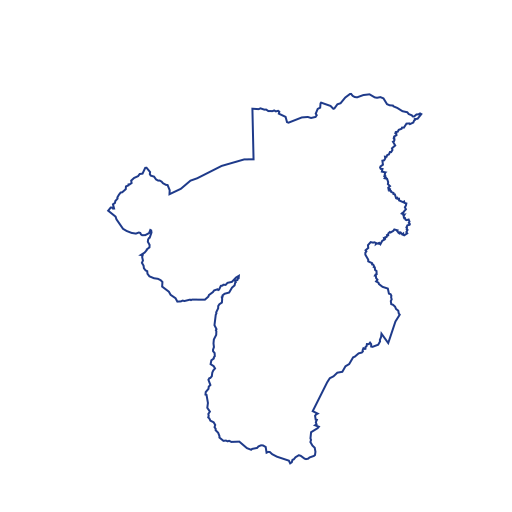 Bibiani-anhwiaso-bekwai Municipal, Western, Ghana, rotated 197°
{"feature_id": "2480657B81329004729189", "entity_name": "Bibiani-anhwiaso-bekwai Municipal", "entity_type": "district", "adm_level": 2, "iso_a3": "GHA", "parent_name": "Ghana", "parent_adm1": "Western", "projection": "orthographic", "projection_center": [-2.296, 6.295], "detail": "fine", "context": "isolated", "style": "outline", "palette": "blue", "viewbox_px": 512, "rotation_deg": 197, "n_neighbors": 0, "source": "geoboundaries", "source_scale": "gbopen_adm2", "svg_char_len": 6076}
<svg xmlns="http://www.w3.org/2000/svg" viewBox="0 0 512 512"><g transform="rotate(197 256 256)"><path d="M277.3,401.3L279.3,400.1L281.2,400.5L282.5,399.4L286.6,398.2L289.1,399.0L290.8,398.4L294.9,398.5L296.4,397.2L302.5,395.8L286.6,347.7L295.4,345.0L315.2,332.1L335.0,313.1L340.7,308.9L347.5,298.3L356.8,289.8L357.8,293.7L361.3,298.0L362.9,297.7L366.3,298.4L368.0,299.5L370.2,300.0L371.6,299.5L374.0,300.0L376.7,302.1L380.2,302.1L381.5,303.3L381.8,305.3L386.5,308.4L387.7,307.9L388.6,301.6L391.2,300.4L392.1,297.9L395.4,295.0L397.4,291.6L396.3,289.4L397.7,287.6L398.8,287.2L398.6,286.3L400.7,284.5L400.1,281.8L402.6,277.8L404.0,277.1L405.0,274.5L405.7,271.5L405.2,270.4L406.6,267.5L406.4,265.5L407.9,263.6L405.6,259.9L406.6,259.5L407.7,260.2L409.1,259.9L410.6,256.1L401.8,252.6L400.2,250.3L391.1,243.1L387.0,242.1L381.7,241.7L377.4,242.3L374.9,244.2L373.4,244.2L372.3,243.0L370.9,242.6L368.0,243.6L364.9,246.7L364.7,250.0L363.7,249.8L362.8,247.9L363.0,242.4L363.6,241.9L364.0,240.2L363.6,238.0L361.0,235.5L360.4,233.1L362.4,230.3L362.2,229.7L363.5,226.7L366.4,223.3L364.6,223.5L364.6,221.8L362.8,218.6L363.1,216.1L360.7,213.9L359.6,211.5L357.3,209.9L355.6,209.7L354.6,207.3L352.0,205.4L347.1,204.9L343.1,205.5L340.1,205.0L337.9,203.8L336.8,199.3L328.9,196.4L326.3,193.9L320.6,192.1L317.9,189.4L314.6,190.6L313.1,191.9L311.3,192.0L306.3,195.0L305.3,194.8L304.4,195.6L292.1,199.3L289.7,203.2L289.6,204.9L286.7,208.8L286.0,210.8L283.1,212.9L282.2,212.4L281.5,213.1L280.9,217.2L279.4,217.9L278.8,219.0L276.6,219.5L275.4,222.0L271.5,224.2L268.8,229.6L266.6,232.0L266.1,229.6L266.8,229.1L266.8,227.5L268.9,226.2L267.7,225.0L268.1,224.2L267.9,221.6L269.7,218.8L271.0,213.2L275.0,210.7L276.5,208.5L276.0,207.3L276.7,206.6L275.8,205.1L275.0,201.5L276.9,199.2L277.5,197.1L276.9,194.9L277.6,190.5L277.1,189.6L277.3,188.0L275.5,177.7L272.4,174.5L272.7,173.3L271.9,172.4L271.0,168.9L271.9,163.9L271.1,160.0L269.6,156.6L269.7,153.8L269.2,152.4L267.2,151.1L266.1,148.1L266.7,146.8L266.4,145.6L268.2,143.2L267.8,139.3L264.3,138.3L262.3,136.5L263.4,134.1L263.7,131.7L263.1,128.1L264.0,126.0L264.9,125.5L265.3,123.7L261.9,119.3L263.0,117.3L262.6,115.1L264.3,111.2L263.8,108.7L262.7,108.7L259.0,101.4L258.2,96.6L254.6,93.7L255.4,91.0L254.5,89.3L254.5,87.7L253.1,87.0L251.5,85.2L247.9,84.6L245.6,82.5L245.6,80.2L244.0,78.9L243.7,77.6L240.5,75.9L238.3,73.1L237.9,71.7L233.1,69.7L230.8,70.7L228.9,70.5L227.7,71.4L225.2,71.0L217.7,73.6L208.5,69.6L204.0,69.3L203.3,70.4L198.8,72.8L198.0,74.6L195.9,76.4L194.0,76.9L190.9,76.2L188.4,71.0L187.1,72.2L185.5,72.6L182.6,71.2L177.3,70.2L164.7,69.9L162.7,67.7L161.5,69.2L161.5,71.8L160.4,72.6L159.4,75.1L156.8,78.0L154.8,78.0L150.3,76.4L148.8,76.4L146.9,77.4L145.9,79.0L142.2,81.7L141.4,82.9L141.9,86.1L143.8,89.8L146.6,91.2L149.6,94.0L149.6,96.2L150.6,97.5L151.8,103.6L146.7,109.4L146.0,111.1L150.0,111.4L148.9,112.7L150.2,114.5L149.9,117.1L151.1,117.0L152.8,120.5L152.2,122.1L151.0,123.3L156.4,124.2L151.0,156.1L149.7,160.7L146.7,163.6L144.1,168.2L139.6,170.5L138.2,176.7L135.3,179.9L133.5,187.5L132.1,188.6L129.4,192.9L126.6,194.6L125.9,196.0L126.5,197.0L126.3,199.2L124.7,198.9L124.2,199.3L124.7,200.8L123.9,202.2L124.2,204.2L122.3,204.7L121.6,206.5L120.1,205.4L119.4,203.1L118.0,203.2L113.2,206.9L112.4,210.6L113.0,211.9L112.7,215.1L113.3,218.4L104.1,211.4L103.5,234.2L101.4,241.9L102.6,242.7L104.0,245.3L106.6,246.3L108.2,248.2L110.7,249.4L112.6,249.5L113.9,252.3L113.6,254.2L114.8,256.2L114.9,257.5L116.1,258.8L117.9,258.9L120.4,263.4L126.0,263.5L130.2,265.1L131.1,266.3L133.7,266.8L132.9,268.8L134.7,270.0L135.6,272.1L136.5,272.0L136.2,273.3L135.3,273.9L136.4,276.9L138.1,277.5L139.0,279.7L140.1,279.9L139.9,280.5L141.3,282.0L142.5,281.9L142.9,283.1L147.1,283.7L147.6,285.3L151.8,289.2L152.4,291.1L151.8,292.6L152.9,293.5L151.0,296.5L152.1,299.1L150.4,302.8L147.9,303.0L146.8,303.7L144.9,303.5L144.8,302.5L144.2,303.3L142.4,303.6L142.6,304.1L142.0,304.6L140.5,303.6L139.7,307.5L138.1,309.1L138.8,310.4L137.6,310.4L137.9,311.7L136.7,312.4L136.7,313.5L135.9,314.2L136.6,314.6L135.9,315.3L136.0,316.4L135.0,318.1L134.2,317.8L132.0,320.2L131.5,321.8L128.3,321.9L128.5,321.3L126.9,320.2L125.9,320.5L126.1,319.7L125.1,319.4L124.1,320.5L122.5,319.4L121.8,320.4L121.4,319.3L120.3,319.1L118.0,321.9L119.2,322.9L118.7,325.2L119.7,325.6L119.8,327.0L120.5,327.3L120.2,329.6L118.3,330.7L118.2,331.5L119.6,332.4L119.3,333.8L120.7,335.5L122.5,334.3L123.5,334.4L124.6,335.8L125.2,335.4L125.8,336.0L126.4,337.3L126.2,338.3L127.2,337.3L126.6,338.9L129.0,339.2L128.6,340.0L127.6,340.2L127.7,341.4L126.3,344.5L127.9,346.2L127.4,348.0L127.6,350.2L129.6,350.2L130.3,351.4L131.1,350.5L135.4,351.0L135.9,352.4L136.4,352.0L137.7,352.9L138.0,352.1L138.9,352.2L141.2,355.5L142.7,355.5L143.0,356.5L145.5,356.8L145.9,357.6L146.9,357.6L147.3,359.1L148.7,359.3L148.8,358.7L149.5,360.0L148.3,362.0L150.9,363.3L151.2,365.3L153.2,368.1L155.5,368.0L154.9,369.2L156.4,369.6L156.0,370.6L156.7,370.9L156.6,372.4L157.2,373.2L156.8,373.8L160.3,373.5L160.5,376.2L162.2,375.8L163.2,376.9L163.1,378.1L161.3,380.4L163.0,384.1L161.5,384.9L161.2,385.8L160.9,387.1L161.7,388.7L160.2,389.0L160.0,390.9L158.6,392.0L158.3,394.6L157.1,394.9L156.5,397.3L157.5,398.7L155.2,402.4L158.4,405.3L157.6,406.1L157.5,407.6L158.6,408.6L158.2,409.3L158.8,409.7L158.8,410.7L157.0,412.6L157.6,414.0L158.6,414.1L158.6,415.4L156.8,416.3L156.4,418.4L154.0,420.2L153.9,421.5L152.1,422.0L150.8,426.6L148.1,427.6L147.4,427.1L144.6,429.6L144.4,431.8L143.7,432.7L144.1,433.4L141.6,434.5L139.4,440.0L140.8,440.3L142.1,438.9L143.9,438.3L145.6,435.6L147.0,435.3L148.1,436.1L151.5,436.4L153.3,437.7L158.3,437.3L164.2,438.9L168.3,439.3L169.0,439.9L172.3,439.2L175.1,439.5L180.2,444.0L183.5,444.3L186.5,442.7L188.8,442.4L194.7,443.8L200.4,441.3L205.7,437.3L208.1,436.9L210.4,437.4L212.4,438.8L213.5,438.4L217.0,433.6L219.8,426.8L222.5,424.9L224.2,420.0L225.1,419.4L228.6,421.3L238.6,421.7L238.9,420.8L238.0,416.6L240.0,414.7L240.5,409.6L239.1,408.4L239.7,406.4L243.7,404.1L247.1,404.1L252.7,401.9L263.9,393.0L265.5,393.1L268.4,397.7L275.8,398.8L275.9,400.8L277.3,401.3Z" fill="none" stroke="#1e3a8a" stroke-width="2"/></g></svg>